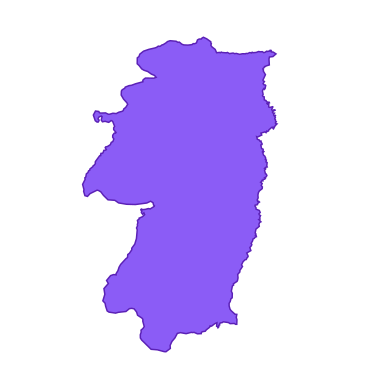 the district of Tebe-Tebe, Berea, Lesotho, rotated 80°
{"feature_id": "5366337B30705161784886", "entity_name": "Tebe-Tebe", "entity_type": "district", "adm_level": 2, "iso_a3": "LSO", "parent_name": "Lesotho", "parent_adm1": "Berea", "projection": "albers", "projection_center": [27.887, -29.222], "detail": "fine", "context": "isolated", "style": "filled", "palette": "violet", "viewbox_px": 384, "rotation_deg": 80, "n_neighbors": 0, "source": "geoboundaries", "source_scale": "gbopen_adm2", "svg_char_len": 5988}
<svg xmlns="http://www.w3.org/2000/svg" viewBox="0 0 384 384"><g transform="rotate(80 192 192)"><path d="M298.0,288.3L297.7,285.4L298.2,277.8L296.0,273.9L296.1,271.6L297.0,269.3L300.6,267.4L303.9,267.0L307.4,263.3L308.8,262.5L310.9,262.9L316.2,262.4L317.9,264.0L319.2,266.2L321.2,266.4L323.6,267.7L326.8,268.2L329.0,267.3L339.8,259.6L341.4,253.5L344.4,247.1L344.8,245.4L342.3,240.5L339.3,240.2L335.7,237.7L332.8,234.2L328.7,231.0L328.5,227.8L330.5,222.4L330.1,217.0L330.5,216.1L330.6,214.3L332.6,211.3L333.1,207.5L331.9,207.1L331.4,206.0L331.4,203.1L330.2,201.8L328.3,198.2L327.0,197.4L327.5,196.7L327.4,195.8L325.7,192.6L325.1,190.2L328.5,191.1L329.1,190.3L330.2,190.0L329.4,189.0L328.0,188.9L327.7,187.8L326.8,187.8L325.8,186.9L325.9,185.0L325.3,183.7L326.9,178.8L328.3,177.3L328.8,173.2L329.9,172.0L330.1,170.9L325.5,169.9L323.2,170.2L320.3,169.1L319.8,170.9L315.5,174.2L313.9,174.9L310.7,175.2L308.1,174.8L306.5,173.4L303.9,172.2L303.2,170.8L298.8,169.9L296.5,170.5L291.5,168.5L290.9,167.2L289.6,167.2L287.8,163.1L286.7,162.4L284.6,161.6L281.1,161.3L279.0,158.7L277.7,158.6L274.1,155.2L272.4,155.9L269.6,153.9L268.0,151.7L267.9,150.3L266.6,149.4L265.4,148.0L264.5,147.9L261.6,148.7L259.9,144.2L256.7,144.7L255.2,142.8L254.0,142.2L252.9,142.7L250.5,140.7L249.0,140.2L248.5,138.8L247.4,137.5L247.2,136.3L246.3,136.3L245.6,137.1L244.6,136.3L243.3,136.9L239.7,135.5L237.5,131.7L235.3,131.7L233.7,130.6L233.3,129.3L230.7,131.0L230.6,129.8L228.6,129.6L227.1,128.6L226.3,129.6L225.2,129.9L224.0,128.4L221.9,128.9L220.0,131.9L218.5,131.7L217.0,132.4L216.0,132.2L215.8,129.7L214.7,129.4L213.6,127.3L212.6,128.0L212.6,129.0L211.2,129.2L209.3,127.9L206.4,127.6L204.1,126.7L202.6,125.4L200.9,122.3L199.2,121.8L197.7,122.7L195.8,121.4L194.3,122.7L193.9,121.8L192.8,121.1L193.3,120.2L192.0,119.8L192.0,118.2L191.4,117.4L190.5,118.0L190.2,116.7L188.9,115.4L187.3,115.7L186.8,116.5L183.1,116.8L182.1,115.5L181.3,116.4L180.4,114.8L180.4,113.6L179.2,113.8L176.0,112.9L175.2,113.9L173.4,113.2L172.7,114.1L171.5,113.5L169.3,114.1L168.2,115.1L165.8,115.5L164.8,114.4L164.5,115.5L163.2,114.5L162.1,114.6L161.3,115.9L157.7,116.1L157.4,114.8L156.6,114.6L154.9,115.2L153.8,115.2L153.8,116.2L152.4,116.8L151.4,118.5L148.7,118.7L149.2,117.8L148.0,113.4L146.0,113.9L145.5,109.7L146.4,108.8L145.0,107.8L145.5,107.2L145.1,106.0L144.3,105.7L142.2,102.3L142.3,100.7L142.9,100.6L143.6,101.2L144.0,100.8L141.2,98.6L139.7,96.5L139.1,97.8L138.3,97.8L137.4,96.8L136.7,97.4L135.1,97.3L134.5,97.8L133.8,97.7L133.3,97.0L132.1,97.3L131.3,96.5L131.0,96.7L131.3,97.8L130.4,98.2L129.6,98.0L128.7,97.1L128.1,98.7L127.5,98.9L127.0,98.8L126.3,97.5L125.9,96.0L125.5,96.1L125.3,97.1L125.7,98.2L125.0,99.2L124.5,99.2L122.3,97.6L122.0,97.8L122.2,100.6L121.6,101.7L118.8,101.1L118.7,102.3L117.8,102.8L117.2,101.8L117.4,100.3L117.0,100.4L116.7,101.8L115.8,103.0L114.8,103.2L113.8,104.8L110.8,104.4L110.4,105.3L109.3,105.8L108.2,105.0L104.8,105.1L103.9,104.6L102.4,103.2L102.5,102.7L103.3,102.7L102.9,102.1L99.9,100.9L99.3,101.3L99.0,102.4L97.7,103.2L95.7,101.5L95.0,102.5L94.1,102.7L89.2,99.3L85.2,100.8L84.2,100.4L83.4,100.8L82.7,100.6L82.1,99.5L81.1,98.8L81.3,98.4L80.7,97.0L80.3,93.8L74.4,93.1L72.5,92.3L72.7,88.8L70.6,85.3L68.4,87.6L67.8,89.6L67.0,90.1L67.0,89.3L66.3,89.5L66.0,90.5L66.7,91.2L66.8,92.1L66.5,92.5L66.7,93.6L66.3,94.2L67.1,95.6L67.2,97.1L66.0,98.4L65.8,100.4L65.2,102.0L65.7,104.5L65.4,107.8L64.8,108.5L65.4,109.3L64.7,110.9L65.3,113.2L64.9,114.7L65.2,115.3L64.6,118.3L64.7,121.2L63.2,124.3L63.2,125.9L62.3,127.4L62.2,131.1L60.7,132.9L60.9,134.1L59.8,138.3L59.3,138.9L59.8,140.1L59.3,140.7L59.1,143.6L55.6,144.4L52.6,147.1L51.2,147.8L50.7,147.9L49.3,147.2L48.9,147.5L47.3,147.4L43.7,150.9L41.6,153.9L42.1,155.4L42.9,156.2L42.6,158.5L43.2,160.2L45.9,161.7L46.4,163.5L46.1,165.1L46.8,166.2L46.8,167.9L46.6,170.7L45.7,174.6L44.6,176.4L42.2,178.4L42.1,180.0L40.8,181.4L39.2,187.3L39.6,190.0L40.7,191.9L41.9,194.9L41.9,195.9L43.0,198.1L42.5,199.9L43.4,201.8L43.7,203.5L44.0,209.6L44.9,215.3L47.2,219.5L49.4,220.7L50.4,222.6L56.2,223.7L58.3,222.1L62.0,220.2L63.8,218.1L65.7,214.6L68.8,211.6L70.6,208.8L72.8,207.4L73.3,209.8L71.7,218.1L72.9,220.5L74.0,221.2L74.9,221.2L75.6,228.7L76.4,233.0L76.3,235.5L77.1,239.5L78.2,240.3L79.2,243.0L80.3,244.0L84.2,244.9L88.6,243.3L92.7,240.7L94.5,240.1L97.1,242.5L98.4,244.8L99.8,245.5L100.4,246.6L100.7,250.2L101.6,253.0L100.7,256.2L101.1,259.7L100.9,260.9L99.1,263.4L98.4,268.4L97.8,269.4L96.5,269.8L95.5,273.0L99.1,275.8L105.0,274.9L106.6,273.4L106.8,272.2L105.5,271.1L104.5,271.2L103.9,271.8L103.1,271.6L101.9,270.4L101.5,268.1L102.1,267.5L105.4,268.9L107.3,268.0L107.3,265.3L108.9,262.1L108.6,261.0L107.6,259.4L107.8,258.7L109.0,257.8L113.9,256.8L115.2,258.0L117.0,258.3L120.1,256.5L120.7,257.0L120.4,257.5L120.6,258.4L122.3,260.2L124.2,260.6L126.2,259.8L128.6,261.2L129.1,262.9L131.2,264.2L132.5,267.4L132.6,269.2L133.3,269.8L135.4,269.0L135.8,270.4L135.7,271.6L137.9,272.8L138.4,273.9L138.1,274.8L138.9,275.4L140.3,275.6L140.3,276.7L145.0,281.6L145.7,282.1L147.2,282.2L148.6,283.7L148.9,284.7L149.8,285.2L151.6,288.5L152.9,289.0L153.2,290.2L154.8,291.1L155.8,292.9L158.8,294.0L159.5,295.1L160.9,295.0L165.5,298.4L170.9,298.0L172.5,298.6L177.0,298.1L178.2,295.7L175.9,292.7L173.7,285.1L174.5,283.5L176.1,281.7L179.9,279.8L185.1,276.1L186.8,269.4L190.0,266.2L192.7,258.6L194.5,249.9L195.0,238.4L193.9,234.4L195.7,232.3L198.2,232.1L199.1,231.4L199.6,231.7L201.4,236.1L200.7,237.9L201.0,240.8L200.8,243.6L200.0,244.7L200.3,245.4L201.1,245.4L202.1,244.7L203.1,245.4L203.8,245.3L205.3,244.5L204.2,243.0L206.1,242.6L207.7,245.0L208.6,248.6L209.2,248.5L210.5,250.7L212.7,250.6L214.6,251.5L215.8,251.5L217.8,252.9L219.7,252.5L228.2,254.8L233.4,257.4L236.9,261.1L238.4,261.3L241.5,264.3L242.4,266.1L245.3,266.9L246.3,268.8L250.9,274.8L253.4,276.9L256.6,278.6L259.3,281.0L260.4,281.1L259.7,283.6L260.2,286.7L264.3,291.5L267.6,290.3L271.8,295.5L277.6,295.6L283.7,298.7L286.5,296.9L289.4,296.9L294.4,296.2L295.9,294.6L298.0,288.3Z" fill="#8b5cf6" stroke="#5b21b6" stroke-width="1.5"/></g></svg>